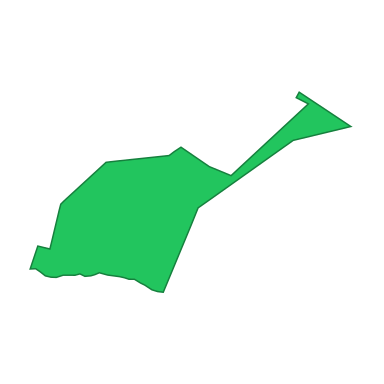 Santana do Piauí, Piauí, Brazil, rotated 112°
{"feature_id": "56859067B85861888890403", "entity_name": "Santana do Piauí", "entity_type": "district", "adm_level": 2, "iso_a3": "BRA", "parent_name": "Brazil", "parent_adm1": "Piauí", "projection": "robinson", "projection_center": [-41.484, -6.919], "detail": "fine", "context": "isolated", "style": "filled", "palette": "green", "viewbox_px": 384, "rotation_deg": 112, "n_neighbors": 0, "source": "geoboundaries", "source_scale": "gbopen_adm2", "svg_char_len": 752}
<svg xmlns="http://www.w3.org/2000/svg" viewBox="0 0 384 384"><g transform="rotate(112 192 192)"><path d="M65.5,130.7L66.2,122.4L66.7,117.1L162.2,161.9L162.0,185.5L154.6,219.0L161.1,223.5L166.8,226.9L178.9,249.6L191.4,273.1L194.7,279.2L196.7,282.8L248.0,307.2L252.4,309.1L257.9,308.4L289.8,303.6L298.1,302.4L299.9,314.7L324.0,313.2L321.7,308.2L322.9,302.7L324.7,296.6L323.8,290.8L322.0,285.8L317.4,280.3L315.1,274.6L313.0,269.3L309.9,265.2L310.3,259.7L307.6,254.4L305.0,251.1L301.6,247.7L300.6,239.1L297.6,227.4L296.8,222.5L296.5,217.8L294.5,212.7L295.7,205.4L296.0,201.0L297.7,192.6L297.2,186.6L295.7,181.1L223.1,180.4L204.4,180.4L193.9,173.6L106.2,117.5L71.8,69.3L59.3,130.0L65.5,130.7Z" fill="#22c55e" stroke="#15803d" stroke-width="1.5"/></g></svg>